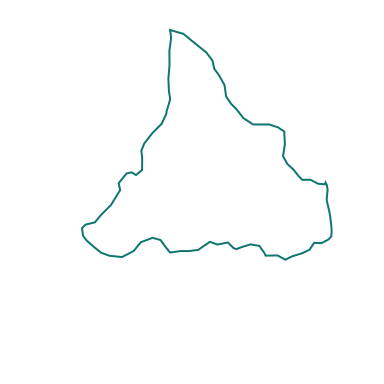 Meneou, Larnaca, Cyprus (Robinson projection), rotated 315°
{"feature_id": "46923920B15655385768829", "entity_name": "Meneou", "entity_type": "district", "adm_level": 2, "iso_a3": "CYP", "parent_name": "Cyprus", "parent_adm1": "Larnaca", "projection": "robinson", "projection_center": [33.605, 34.857], "detail": "fine", "context": "isolated", "style": "outline", "palette": "teal", "viewbox_px": 384, "rotation_deg": 315, "n_neighbors": 0, "source": "geoboundaries", "source_scale": "gbopen_adm2", "svg_char_len": 1324}
<svg xmlns="http://www.w3.org/2000/svg" viewBox="0 0 384 384"><g transform="rotate(315 192 192)"><path d="M291.0,61.9L287.1,67.3L283.9,70.1L275.7,76.3L265.9,86.3L255.5,95.1L246.9,104.5L242.2,111.0L231.1,117.0L229.2,118.5L218.8,122.3L205.8,122.3L192.6,123.9L185.3,127.0L181.8,131.7L176.8,136.7L172.3,141.1L164.4,140.4L163.2,135.4L158.8,132.6L146.4,133.9L142.6,139.8L125.6,143.9L111.4,143.9L101.9,144.8L93.7,139.8L88.6,139.8L84.0,146.0L83.2,152.0L83.8,161.4L84.8,170.8L88.6,178.8L96.5,188.5L109.1,192.5L120.2,191.3L131.7,196.5L135.8,203.7L134.6,210.7L133.7,219.3L142.2,225.7L147.7,231.3L155.4,237.3L160.5,238.2L169.5,239.9L172.8,247.1L181.7,253.1L181.7,260.9L182.9,263.7L188.6,266.3L196.4,270.5L201.5,277.7L200.1,286.1L199.1,289.1L207.6,297.3L210.2,305.9L217.3,308.3L226.8,313.3L234.3,315.9L242.4,314.3L247.4,319.7L254.9,322.1L259.1,321.9L259.7,321.4L263.2,318.3L266.0,315.1L272.5,306.9L274.9,303.5L281.4,293.1L283.6,291.1L289.5,286.3L292.3,282.3L293.1,279.8L291.5,280.6L287.1,275.5L284.4,267.1L278.6,261.4L278.6,256.2L279.6,248.1L279.2,239.7L281.7,231.0L291.1,224.2L300.0,214.5L298.5,207.0L294.2,198.7L282.9,187.4L280.6,176.0L282.0,164.7L282.0,157.1L283.8,148.4L290.6,139.4L293.8,127.9L294.8,120.8L299.4,113.6L300.8,103.3L299.9,95.2L298.7,84.1L297.8,74.2L291.0,61.9Z" fill="none" stroke="#0f766e" stroke-width="2"/></g></svg>